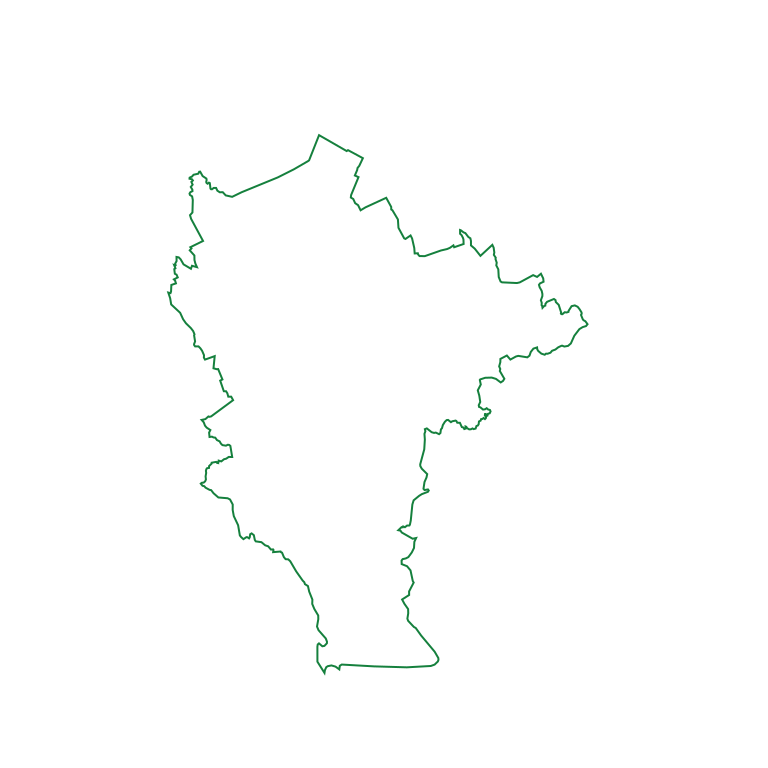 Trang Bom, Đồng Nai, Vietnam (Natural Earth projection), rotated 153°
{"feature_id": "81297802B42890675400166", "entity_name": "Trang Bom", "entity_type": "district", "adm_level": 2, "iso_a3": "VNM", "parent_name": "Vietnam", "parent_adm1": "Đồng Nai", "projection": "natural_earth1", "projection_center": [107.029, 10.976], "detail": "fine", "context": "isolated", "style": "outline", "palette": "green", "viewbox_px": 768, "rotation_deg": 153, "n_neighbors": 0, "source": "geoboundaries", "source_scale": "gbopen_adm2", "svg_char_len": 6166}
<svg xmlns="http://www.w3.org/2000/svg" viewBox="0 0 768 768"><g transform="rotate(153 384 384)"><path d="M311.5,608.5L328.9,635.2L349.2,617.3L350.3,617.1L366.9,616.2L384.9,616.3L423.7,619.5L434.3,619.7L439.4,623.9L440.6,628.1L443.3,629.4L444.7,631.9L444.6,634.9L446.7,636.0L448.9,635.6L449.7,636.1L449.9,636.9L448.0,642.1L448.6,642.9L450.2,642.5L450.8,643.5L450.7,644.7L449.4,646.3L449.0,647.7L451.2,651.6L451.4,656.7L452.3,657.0L454.0,655.7L458.7,656.9L460.9,656.0L463.5,656.1L464.1,655.2L462.1,653.5L461.9,652.1L463.9,651.5L464.0,648.5L466.7,647.3L466.5,644.2L467.1,642.8L469.5,642.8L470.8,642.0L471.1,640.6L469.8,638.3L470.8,634.8L476.8,623.8L480.2,622.5L480.9,618.7L480.3,593.6L494.4,593.8L494.0,592.2L496.4,591.3L494.6,584.6L496.6,580.5L497.4,576.9L497.6,573.0L501.4,576.5L503.7,574.3L508.3,581.6L508.6,587.4L509.4,590.0L511.2,591.4L513.0,587.7L515.5,586.0L515.7,584.4L516.3,584.2L517.0,585.1L517.3,581.8L518.7,581.6L520.3,577.2L519.2,575.6L519.4,572.6L523.7,572.6L523.2,570.9L523.7,568.1L528.5,568.8L531.8,563.0L533.0,561.9L534.7,563.4L535.6,557.5L537.5,551.5L533.3,540.0L533.6,532.9L532.9,528.0L530.7,521.5L530.0,517.8L530.3,514.3L531.1,513.6L533.0,507.7L535.2,505.7L535.5,504.7L535.2,503.2L532.2,501.7L531.4,499.2L531.0,496.2L531.3,491.4L532.5,489.3L532.4,487.0L522.2,485.7L528.8,475.4L526.3,473.1L525.0,472.6L525.9,461.4L528.4,461.4L530.0,450.3L528.0,449.2L527.8,446.8L528.5,443.4L525.9,442.1L525.8,438.1L552.8,433.6L554.6,434.1L555.2,434.8L559.1,433.8L562.8,434.8L562.0,431.7L562.4,428.2L561.8,425.6L559.6,421.8L561.9,420.1L563.5,416.0L561.2,415.2L560.2,413.8L558.7,412.8L558.3,409.9L556.5,407.5L556.4,405.0L555.7,402.9L552.8,400.8L550.8,400.8L549.6,400.0L549.0,398.6L552.4,387.9L555.5,389.5L558.5,389.1L560.7,389.6L564.1,388.9L566.1,390.8L566.9,389.6L567.6,389.9L567.8,388.9L568.5,389.4L568.9,390.8L573.3,392.1L573.8,391.3L577.1,390.3L578.0,388.7L579.9,389.3L580.9,388.8L582.1,387.5L582.8,385.5L584.9,382.7L586.0,379.8L587.5,378.5L589.4,378.0L591.2,378.7L592.5,378.4L591.9,375.7L590.5,374.5L590.1,372.7L587.5,368.9L586.2,367.9L585.5,364.1L583.1,358.1L575.2,353.2L573.6,351.0L573.5,345.3L576.0,340.5L577.8,334.5L578.1,324.4L581.2,314.5L580.8,312.5L579.7,309.6L576.1,310.0L575.3,309.5L574.3,307.7L573.3,308.3L571.4,310.9L569.8,311.0L568.6,308.4L569.9,303.7L569.7,302.0L565.0,298.7L563.1,294.2L560.9,292.0L559.9,287.8L557.9,287.0L557.8,286.3L559.1,284.5L552.2,281.7L552.2,281.0L551.4,280.0L551.8,275.2L551.2,272.6L548.9,271.2L548.0,268.6L547.3,256.8L545.7,245.7L545.0,243.6L545.3,241.6L543.5,238.5L544.9,233.0L545.7,224.4L547.8,220.6L548.2,215.1L547.7,207.6L549.3,204.3L553.8,198.3L554.1,194.3L551.4,183.7L551.8,180.2L552.6,178.9L556.0,177.7L558.0,178.3L559.7,182.4L561.3,182.0L562.6,180.2L569.4,166.8L568.2,153.6L566.6,155.8L564.0,157.9L562.2,158.1L558.6,157.1L555.5,154.2L553.4,150.0L551.3,153.0L549.0,153.2L521.2,137.0L492.3,121.2L470.3,111.5L466.3,111.0L462.0,112.3L460.7,113.5L460.0,115.2L460.4,122.5L465.1,143.0L466.5,152.2L467.7,154.0L470.0,162.0L469.7,164.3L466.5,168.7L464.7,172.5L465.6,178.9L465.7,183.8L457.4,184.6L455.8,187.8L447.7,193.6L447.8,195.4L445.0,205.9L446.2,211.2L450.0,215.5L448.5,218.7L446.9,219.5L443.8,218.7L440.9,218.7L435.7,221.3L431.7,224.3L428.6,229.6L425.3,232.2L428.7,233.1L435.6,243.6L435.9,245.8L437.6,247.2L433.3,248.5L432.4,247.8L431.6,248.4L430.4,246.9L427.7,247.4L425.6,246.4L424.7,247.0L422.2,250.1L413.4,263.8L410.4,266.9L403.5,268.4L400.3,268.7L393.8,268.0L392.5,268.8L392.7,270.1L396.0,271.1L396.4,272.7L392.4,278.3L388.6,281.4L386.4,284.1L388.8,291.4L388.9,294.4L388.2,296.0L377.8,307.5L372.8,316.0L370.6,321.2L368.6,323.1L368.1,325.2L366.0,325.0L363.4,319.4L361.6,317.7L359.9,317.2L357.7,314.3L356.0,314.7L353.9,317.7L352.4,318.3L350.2,320.7L346.9,322.7L344.6,323.4L343.2,322.9L341.7,319.6L340.1,319.8L336.8,318.9L336.3,318.1L336.3,316.2L334.0,315.0L334.2,310.3L333.0,309.2L332.9,307.4L331.4,307.2L330.6,309.1L330.1,308.5L330.0,306.9L328.7,304.9L327.1,304.2L325.3,304.2L324.6,303.1L322.6,302.7L320.7,304.6L319.3,304.4L318.0,305.1L316.4,307.5L314.5,307.5L313.5,308.6L312.2,308.2L310.7,308.5L310.0,306.9L308.8,307.3L308.0,308.3L308.4,310.2L307.6,311.4L306.9,311.1L306.8,309.4L306.2,308.9L304.9,310.2L303.1,309.9L301.5,311.2L301.4,312.8L302.8,314.0L303.5,315.8L305.4,315.6L307.4,316.3L308.7,319.4L309.7,320.4L309.2,322.1L306.4,324.3L304.4,330.3L303.3,335.8L298.0,339.6L296.8,344.1L296.2,344.4L291.0,343.6L285.1,340.8L281.9,337.7L279.3,332.4L276.6,332.7L274.4,334.0L274.9,343.0L273.6,344.6L273.4,347.4L270.4,350.7L268.9,353.5L261.6,353.6L260.3,348.4L253.9,348.6L251.6,348.1L244.2,342.7L241.5,343.2L238.7,345.9L234.8,347.7L231.0,347.1L231.7,345.3L231.6,343.5L230.0,339.6L227.5,337.1L225.9,337.5L224.5,336.7L221.5,336.3L219.2,337.3L215.6,336.9L212.1,337.6L208.7,337.5L207.9,337.3L206.3,335.5L202.7,334.4L199.1,335.3L192.5,340.6L185.0,344.2L181.2,344.5L177.7,343.9L175.5,344.9L176.1,348.5L177.3,350.3L177.5,351.5L177.1,356.1L176.0,356.8L175.5,358.1L175.8,361.9L176.4,364.9L178.3,367.4L181.5,368.2L186.3,365.4L186.9,364.5L188.8,364.8L190.4,365.9L193.3,365.2L194.2,365.7L194.4,366.5L193.7,367.3L192.4,375.2L193.7,379.0L193.1,380.9L194.0,382.6L201.4,383.2L203.7,382.2L204.7,380.6L205.8,380.8L208.2,379.9L207.6,381.9L207.8,382.7L206.6,384.7L206.2,387.4L203.0,390.4L202.0,392.3L201.2,395.4L201.4,399.4L200.9,402.0L199.4,402.8L195.4,402.7L194.2,405.8L194.1,411.0L199.0,409.9L201.7,413.3L216.9,412.9L219.7,413.6L232.7,421.0L233.6,422.4L233.2,427.2L230.1,434.3L230.1,438.7L228.5,440.9L227.9,444.8L227.1,445.8L227.5,449.2L226.0,451.1L224.4,455.7L224.3,458.8L239.9,454.4L241.7,463.4L243.6,468.0L241.6,471.9L240.9,474.6L242.1,476.7L243.0,481.5L244.3,483.0L245.8,486.2L246.3,486.7L248.0,483.3L247.3,481.5L247.3,478.5L247.6,476.7L249.5,472.6L259.4,474.0L259.2,476.0L263.5,475.4L266.5,475.6L272.6,477.1L289.6,479.4L294.3,481.9L294.8,484.0L294.5,485.1L297.4,486.4L295.3,491.4L292.9,500.9L292.9,504.3L299.0,503.5L299.9,504.6L300.2,516.6L296.9,524.3L297.6,535.0L298.3,536.2L297.2,538.5L297.5,548.9L320.3,549.8L326.0,549.4L325.9,555.1L327.6,558.2L327.4,562.8L328.9,565.2L327.5,567.3L312.8,579.9L315.3,583.0L310.8,586.8L309.5,588.5L307.0,589.6L300.3,594.8L309.9,608.7L311.5,608.5Z" fill="none" stroke="#15803d" stroke-width="2"/></g></svg>